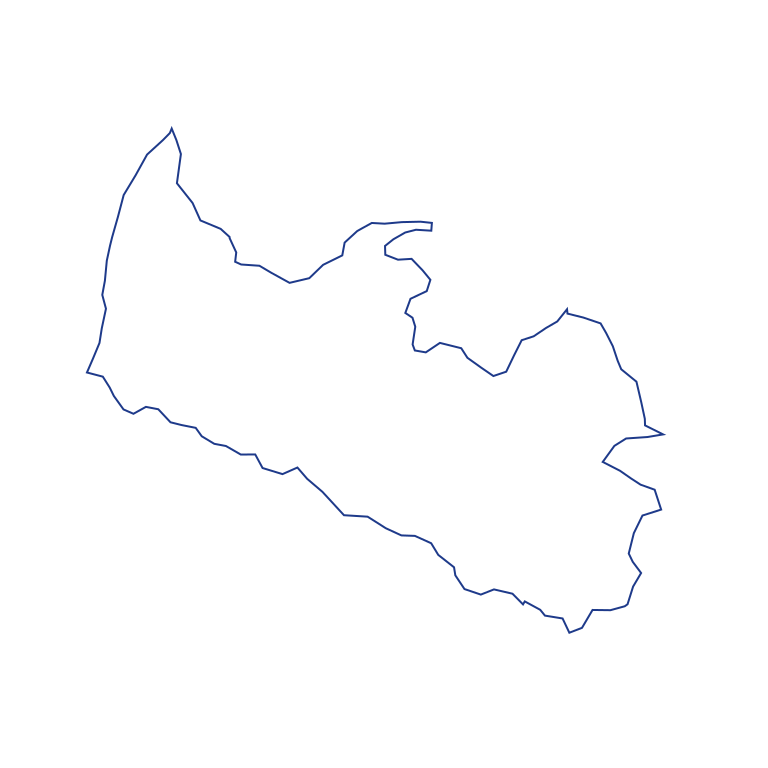 outline of Pano Kivides, Limassol, Cyprus, rotated 284°
{"feature_id": "46923920B16350634137742", "entity_name": "Pano Kivides", "entity_type": "district", "adm_level": 2, "iso_a3": "CYP", "parent_name": "Cyprus", "parent_adm1": "Limassol", "projection": "orthographic", "projection_center": [32.846, 34.75], "detail": "fine", "context": "isolated", "style": "outline", "palette": "blue", "viewbox_px": 768, "rotation_deg": 284, "n_neighbors": 0, "source": "geoboundaries", "source_scale": "gbopen_adm2", "svg_char_len": 1880}
<svg xmlns="http://www.w3.org/2000/svg" viewBox="0 0 768 768"><g transform="rotate(284 384 384)"><path d="M500.8,543.5L486.6,537.0L477.5,527.6L466.5,517.7L459.8,507.0L443.4,503.3L425.5,499.6L418.2,488.2L423.4,474.3L429.6,458.6L437.4,450.3L437.4,428.3L424.8,416.9L424.0,405.8L429.3,402.2L447.1,400.5L455.2,395.6L458.1,387.5L473.1,389.1L484.5,403.0L496.3,403.8L503.6,394.0L512.1,380.5L508.0,367.5L509.7,354.0L518.2,351.6L526.7,358.1L536.1,367.9L541.4,377.7L544.2,392.8L551.9,391.5L550.3,380.1L545.4,362.2L539.7,345.8L537.3,333.2L529.7,325.0L525.9,321.0L511.7,311.6L498.7,312.4L484.9,296.1L468.6,285.9L459.3,267.9L464.6,247.9L468.6,234.5L465.4,216.5L466.6,210.0L475.9,208.8L488.1,199.0L489.3,198.6L495.0,188.0L498.3,166.3L513.3,154.5L528.7,134.5L558.0,131.3L570.5,123.5L580.5,116.2L575.7,115.5L567.2,110.5L549.3,98.6L526.5,92.5L504.4,85.7L481.9,85.4L460.8,84.7L452.1,84.7L436.6,85.2L416.7,88.2L402.3,89.1L389.8,96.0L369.7,96.7L355.0,98.0L338.4,95.5L323.3,93.0L323.1,109.4L314.2,118.7L307.0,124.8L296.3,137.4L294.5,148.1L304.2,158.5L304.9,171.1L295.2,186.1L295.2,197.6L295.9,211.9L289.2,219.8L284.9,233.8L285.6,245.6L280.9,262.1L284.5,276.1L273.1,286.5L272.0,307.3L282.0,320.2L273.4,332.4L264.5,350.3L247.0,376.9L251.3,400.2L244.5,420.6L241.3,437.5L244.1,450.7L240.9,468.3L231.3,478.0L223.1,496.3L215.6,499.5L204.5,511.7L203.1,528.9L211.3,540.4L211.6,559.4L203.8,572.2L207.1,573.2L202.7,590.2L198.2,596.2L199.7,614.0L187.5,624.0L195.3,635.1L215.2,641.0L219.3,658.4L226.6,671.4L229.2,673.6L247.7,674.7L262.8,679.2L271.6,668.4L278.7,662.5L299.7,662.5L318.9,666.6L329.2,683.3L346.9,672.2L348.4,657.3L352.1,646.6L356.9,634.0L361.3,615.1L379.7,622.5L389.7,632.1L396.3,652.5L402.6,667.0L407.0,647.3L413.3,645.5L428.4,638.1L447.3,628.4L455.7,610.6L463.1,605.1L476.0,596.9L487.1,587.3L495.2,579.5L496.7,561.3L496.7,545.0L500.8,543.5Z" fill="none" stroke="#1e3a8a" stroke-width="2"/></g></svg>